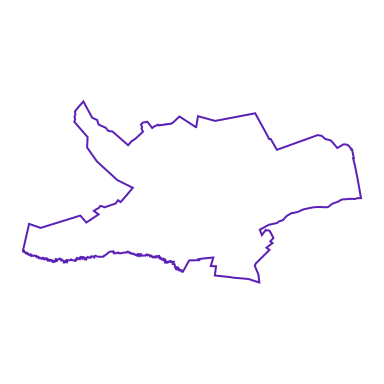 the district of Targu Neamt, Neamt, Romania
{"feature_id": "2599482B68793228352723", "entity_name": "Targu Neamt", "entity_type": "district", "adm_level": 2, "iso_a3": "ROU", "parent_name": "Romania", "parent_adm1": "Neamt", "projection": "natural_earth1", "projection_center": [26.356, 47.204], "detail": "fine", "context": "isolated", "style": "outline", "palette": "violet", "viewbox_px": 384, "rotation_deg": 0, "n_neighbors": 0, "source": "geoboundaries", "source_scale": "gbopen_adm2", "svg_char_len": 5866}
<svg xmlns="http://www.w3.org/2000/svg" viewBox="0 0 384 384"><path d="M259.3,282.5L258.5,275.1L257.8,272.9L256.8,270.8L255.0,266.3L254.8,265.4L256.2,262.9L256.7,262.6L269.5,249.9L266.5,247.7L272.5,243.1L270.3,241.4L273.4,238.0L270.4,232.1L269.3,230.6L267.5,230.3L266.4,230.4L265.8,229.9L261.9,235.1L259.8,229.7L268.8,224.8L277.0,223.0L279.1,221.3L283.0,220.1L285.6,217.1L287.4,215.5L291.0,213.5L291.6,213.0L293.9,212.9L294.5,212.6L296.6,212.3L299.4,211.3L300.6,210.6L302.9,209.7L303.2,209.4L312.3,207.5L316.7,207.0L318.9,207.1L320.9,206.9L322.1,207.2L327.8,207.2L328.8,206.5L332.2,203.8L338.5,201.5L340.9,199.9L343.5,199.3L347.0,199.2L349.1,198.7L350.5,199.1L352.1,198.7L354.0,199.1L356.0,198.7L357.5,198.1L361.0,198.1L357.7,179.4L354.8,164.9L353.1,158.3L353.8,158.2L352.1,149.5L351.2,149.6L351.1,148.6L348.7,145.9L347.4,144.8L345.5,144.4L343.4,144.4L337.3,148.0L332.0,141.7L330.5,140.3L325.2,139.0L323.2,137.1L321.5,135.8L317.7,135.1L276.9,149.8L270.8,139.1L269.1,139.0L267.0,134.8L255.2,113.3L215.1,120.9L198.0,116.2L196.2,127.1L195.8,127.1L179.4,116.5L173.1,122.5L170.9,123.9L169.9,123.7L169.4,124.0L166.6,124.1L166.7,124.3L161.0,125.1L160.5,124.9L159.9,125.3L158.7,125.3L158.5,124.8L158.0,124.7L154.3,126.4L152.2,128.0L147.4,121.8L142.8,122.6L141.0,124.6L142.1,127.0L141.5,128.5L143.0,131.7L135.6,138.6L131.5,141.3L128.1,145.2L112.5,131.5L108.4,131.0L105.6,127.7L98.7,124.6L97.7,122.0L97.3,120.1L92.2,117.7L83.4,101.5L78.3,107.2L75.0,111.4L75.4,114.7L74.5,116.6L75.1,119.1L74.4,121.9L87.6,137.1L87.1,147.5L96.9,161.4L117.3,180.1L132.8,187.8L125.8,196.2L120.6,202.1L118.1,200.2L115.6,203.5L104.6,207.3L101.8,206.2L100.2,206.0L98.8,208.0L96.3,209.3L93.9,210.9L98.6,214.4L86.3,222.5L80.3,215.6L40.6,227.9L29.1,223.9L23.0,250.5L24.0,250.8L24.0,251.1L23.3,251.5L23.5,251.8L24.1,252.1L24.6,251.8L25.6,253.1L26.0,253.3L25.9,253.0L26.1,252.8L26.7,253.2L27.2,252.8L27.4,252.9L27.2,253.5L29.2,254.5L29.3,254.7L29.0,254.9L29.3,255.1L30.4,255.1L31.2,256.0L31.5,255.9L31.7,255.5L31.6,255.0L32.7,255.8L33.3,255.9L34.2,255.5L34.9,255.9L36.3,255.8L36.5,256.0L36.4,256.4L36.6,257.2L36.7,257.3L37.4,256.9L37.6,257.1L38.0,257.1L38.5,256.8L39.0,257.5L38.8,257.9L39.1,258.3L39.9,257.8L40.3,257.9L41.4,258.8L41.6,258.8L41.8,258.7L41.7,258.3L42.2,258.2L42.6,257.8L43.3,257.9L43.6,258.0L43.6,258.3L43.9,258.6L43.9,258.9L43.6,259.0L44.3,259.4L44.7,259.3L45.5,258.4L46.0,258.9L46.4,258.9L46.5,258.5L47.0,258.4L47.4,258.7L46.9,259.7L47.5,259.9L48.0,260.7L48.3,260.6L48.4,260.0L48.9,259.8L49.5,260.6L50.1,259.8L50.5,259.8L50.4,260.5L50.8,260.5L51.2,260.4L50.9,260.0L51.7,260.1L52.0,260.5L51.4,260.8L52.4,261.8L53.1,262.1L53.5,261.9L53.3,261.4L54.0,260.7L55.0,261.7L55.3,261.5L55.3,261.1L55.8,261.2L56.8,260.9L56.7,260.6L56.2,260.4L55.8,259.9L55.8,259.1L56.3,259.1L57.4,259.8L58.6,259.3L59.1,258.8L59.6,258.6L60.1,259.1L60.8,258.9L61.6,259.4L61.5,259.8L61.1,260.2L61.2,260.5L63.1,260.6L64.3,261.2L64.6,261.5L64.5,261.9L63.9,262.3L63.9,262.5L64.3,262.5L64.9,261.9L66.1,262.3L66.6,262.3L66.1,261.4L66.1,261.0L66.6,261.2L67.3,261.1L67.4,260.6L66.3,260.2L66.5,260.0L68.2,260.4L69.4,260.3L70.5,259.9L71.0,259.4L71.9,260.3L74.4,260.4L74.8,260.8L75.2,261.0L75.4,261.0L75.5,259.8L75.6,259.6L77.0,259.6L77.1,259.4L77.1,259.2L76.7,259.1L76.5,258.7L76.9,257.9L77.3,258.0L77.8,258.9L78.2,258.7L79.3,258.8L79.4,259.2L79.7,259.3L79.9,258.7L79.4,258.1L79.5,257.9L80.3,257.6L80.6,258.0L81.5,258.4L80.9,257.0L81.6,257.1L82.4,257.6L83.4,257.9L83.5,257.8L83.5,257.2L84.0,257.3L84.4,257.7L84.2,258.7L85.1,259.5L85.9,259.7L86.4,259.4L86.4,258.9L85.9,258.2L86.8,257.7L87.8,256.9L88.5,257.6L90.5,257.8L90.9,257.7L91.1,257.2L90.8,256.6L91.3,256.3L91.9,256.3L92.9,256.6L93.4,256.6L94.3,257.5L95.0,255.8L95.5,255.8L97.2,256.5L98.8,256.8L103.5,256.7L104.2,255.5L104.9,255.5L109.5,251.8L111.8,251.5L112.7,251.8L113.3,251.3L113.6,251.4L114.0,252.3L113.8,253.1L113.9,253.3L115.6,253.3L117.7,252.5L118.2,252.5L118.4,253.1L118.6,253.2L119.1,253.0L120.1,253.4L122.6,252.9L123.6,252.5L125.1,252.7L126.0,252.3L127.0,252.5L127.5,251.7L127.9,251.5L129.5,253.0L130.2,252.6L130.4,252.9L131.4,253.3L131.2,253.5L132.4,254.0L133.3,253.6L133.9,253.7L134.4,254.5L135.2,254.5L135.4,254.6L135.4,254.9L136.1,255.2L136.5,255.0L136.9,255.7L137.2,255.7L137.6,254.7L138.3,254.7L138.1,254.4L138.1,254.0L139.1,254.1L138.7,254.7L139.1,254.7L139.4,255.1L139.4,256.0L140.1,255.5L140.4,255.9L140.9,255.8L141.3,254.7L141.8,255.5L143.3,255.7L144.3,255.4L145.1,255.7L146.8,254.4L147.4,255.4L148.3,255.2L148.7,254.9L149.7,255.1L150.0,256.3L151.0,256.3L151.6,255.8L151.9,256.2L151.7,256.4L151.7,256.6L152.8,257.4L153.2,257.2L153.7,257.3L153.7,257.2L153.9,257.3L154.6,257.3L154.9,256.4L155.1,256.4L155.7,257.3L156.5,257.2L156.6,257.3L156.9,257.1L157.1,256.7L157.0,256.2L157.5,256.2L159.2,255.9L159.5,256.5L159.3,256.8L159.5,257.1L160.2,257.5L159.2,257.9L159.4,258.3L161.0,258.9L161.5,258.6L161.7,258.8L161.5,259.1L161.8,259.5L162.2,259.5L162.7,259.9L163.3,259.5L163.5,258.8L163.8,258.7L164.1,258.9L163.8,259.4L163.9,259.5L164.9,259.3L165.0,259.4L165.4,260.1L164.9,260.7L165.5,260.9L165.7,261.1L165.3,261.2L165.5,261.7L164.8,261.9L165.0,262.5L165.6,262.3L166.5,262.8L167.0,262.8L167.6,262.5L167.3,262.2L167.4,261.8L168.3,262.2L169.1,261.3L169.5,261.2L169.6,261.6L170.8,262.1L171.1,261.9L171.0,261.2L171.6,261.4L172.1,261.6L171.9,261.9L172.2,262.4L172.8,261.7L173.1,261.8L173.2,262.1L173.8,262.0L173.5,262.7L173.5,263.7L173.3,264.0L173.8,264.0L174.6,264.3L174.7,264.7L174.5,265.1L175.2,266.3L175.0,266.9L176.9,267.3L176.4,267.6L177.2,267.9L176.5,268.2L176.2,268.9L176.0,269.0L176.4,269.3L176.8,269.0L178.5,269.4L178.8,269.1L179.1,269.1L179.5,269.8L179.1,270.3L179.8,270.5L180.6,269.9L181.4,270.1L181.5,270.4L181.2,270.7L181.5,271.1L181.6,271.5L182.8,271.8L189.2,260.4L198.9,260.2L198.3,259.2L203.1,258.5L213.3,257.5L210.8,266.1L216.0,266.2L214.9,275.5L229.1,277.0L233.7,277.7L248.4,279.0L259.3,282.5Z" fill="none" stroke="#5b21b6" stroke-width="2"/></svg>